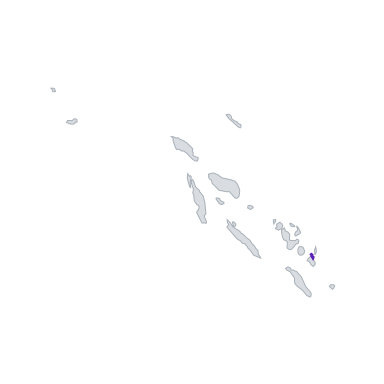 South Vella la Vella, Western, Solomon Islands shown in context, rotated 190°
{"feature_id": "97153195B32598831162283", "entity_name": "South Vella la Vella", "entity_type": "district", "adm_level": 2, "iso_a3": "SLB", "parent_name": "Solomon Islands", "parent_adm1": "Western", "projection": "robinson", "projection_center": [156.664, -7.876], "detail": "fine", "context": "in_parent", "style": "filled", "palette": "violet", "viewbox_px": 384, "rotation_deg": 190, "n_neighbors": 0, "source": "geoboundaries", "source_scale": "gbopen_adm2", "svg_char_len": 4627}
<svg xmlns="http://www.w3.org/2000/svg" viewBox="0 0 384 384"><g transform="rotate(190 192 192)"><path d="M148.9,193.7L155.1,198.8L157.7,198.3L165.8,198.4L170.6,202.0L173.4,203.7L174.9,207.0L176.9,207.7L178.1,209.4L178.8,212.4L175.8,214.0L174.0,214.5L169.3,213.4L164.9,211.1L155.9,210.8L151.8,210.1L150.4,209.2L149.1,208.1L147.0,205.2L145.3,201.9L145.1,199.9L144.9,196.2L145.4,194.9L147.1,193.5L148.9,193.7ZM176.9,163.2L183.9,172.7L183.6,174.3L182.6,175.4L182.3,178.6L183.2,179.8L185.1,180.4L188.3,183.8L189.7,189.2L191.0,191.1L191.1,195.1L194.1,200.6L194.4,203.2L194.1,204.4L192.8,203.7L189.2,197.5L185.0,194.8L184.5,193.6L180.3,190.0L177.5,183.8L174.5,172.9L175.9,170.4L172.5,165.1L172.6,163.6L175.1,163.9L175.6,163.3L176.9,163.2ZM151.7,167.9L152.6,170.9L148.9,168.3L146.0,165.0L137.9,161.5L136.2,159.7L134.7,159.5L130.5,156.5L126.5,154.5L123.3,150.9L121.8,150.3L119.2,147.4L116.8,145.6L115.9,142.1L113.5,139.8L112.9,138.8L120.6,140.6L124.2,144.4L127.3,146.5L128.3,148.1L131.1,150.2L133.6,150.3L136.0,152.5L138.3,153.0L140.1,154.1L151.6,163.6L150.2,166.1L151.7,167.9ZM203.7,229.1L207.2,230.9L209.3,230.6L212.3,231.9L214.6,231.2L216.0,232.8L219.6,239.3L219.7,241.4L222.0,242.9L220.0,243.2L217.2,242.4L215.1,243.0L212.8,241.7L209.0,241.0L205.7,239.5L198.8,234.8L198.8,232.4L197.7,231.2L197.4,228.2L194.9,227.3L192.0,227.1L191.7,225.7L192.3,223.3L194.5,223.3L197.1,224.3L203.7,229.1ZM85.7,131.9L86.6,133.1L84.4,135.0L81.6,133.9L80.9,132.3L78.9,132.7L74.9,131.7L69.4,127.2L63.6,118.6L57.9,113.9L56.9,112.4L56.8,110.0L57.5,109.0L61.0,110.0L65.5,114.0L72.9,118.0L75.0,120.1L76.2,125.1L77.5,126.5L81.5,130.4L85.7,131.9ZM93.4,160.9L95.2,163.5L97.2,169.3L96.8,171.3L95.4,171.4L95.0,172.7L93.0,169.9L90.4,169.1L88.5,167.4L87.7,161.8L86.2,161.4L81.9,162.0L80.5,163.8L78.6,163.2L78.2,161.6L78.5,159.9L81.1,158.3L81.6,156.3L84.2,152.7L85.8,152.1L88.8,153.4L89.2,158.5L90.3,160.1L93.4,160.9ZM171.8,273.9L169.8,275.0L168.0,274.4L166.7,273.6L165.6,271.2L163.2,269.6L159.9,269.0L158.1,267.4L155.8,267.0L155.1,265.6L155.3,264.3L155.7,263.5L157.9,264.2L168.2,270.6L171.8,273.9ZM63.3,150.8L62.8,151.2L61.9,149.5L61.2,149.0L61.2,147.0L58.4,143.9L58.2,141.8L59.8,139.7L62.0,140.9L64.2,143.6L66.7,144.4L66.2,146.2L63.9,149.3L63.3,150.8ZM77.4,155.8L76.3,157.1L73.2,157.0L70.9,153.7L70.9,151.3L72.7,149.0L74.9,148.6L76.2,149.5L77.3,151.4L77.7,153.7L77.4,155.8ZM103.0,175.0L100.3,177.5L98.3,176.6L96.7,174.5L97.5,171.2L99.1,170.5L100.0,169.4L103.0,170.3L103.7,170.9L101.9,172.5L102.9,173.8L103.0,175.0ZM327.0,240.8L322.4,241.5L320.6,243.8L318.2,243.6L317.4,241.7L317.4,240.8L318.7,240.9L319.4,239.1L320.8,238.2L324.0,237.8L327.8,238.8L326.9,240.4L327.0,240.8ZM199.1,204.9L199.3,209.4L197.2,207.0L196.2,207.8L195.3,206.6L195.5,201.3L194.0,196.2L195.2,196.7L199.1,204.9ZM82.9,175.9L82.9,176.4L81.4,175.5L78.0,171.2L78.6,169.7L81.7,167.0L82.7,166.6L83.6,168.3L82.8,170.9L81.8,171.5L81.4,173.9L82.9,175.9ZM160.6,184.8L163.0,185.2L167.3,189.5L166.3,190.8L164.3,190.1L163.6,190.4L163.0,188.9L160.8,187.7L158.9,187.6L158.6,186.1L160.6,184.8ZM133.2,188.9L130.0,188.5L129.0,187.4L130.1,185.8L131.6,184.8L132.9,185.7L134.4,185.9L134.5,188.0L133.2,188.9ZM39.6,124.5L36.8,125.3L35.1,124.3L35.8,121.9L36.8,120.6L40.3,122.8L39.6,124.5ZM147.2,169.4L145.9,169.8L143.9,168.6L143.1,167.6L143.5,165.9L144.6,165.3L145.9,166.4L146.1,167.5L147.2,169.4ZM348.9,269.7L346.5,270.2L345.5,270.1L343.9,267.3L345.1,266.7L346.9,266.9L347.4,268.5L348.9,269.7ZM90.1,177.3L90.1,178.4L88.4,178.1L84.9,176.4L84.8,175.7L86.8,175.4L88.3,175.6L90.1,177.3ZM61.2,156.3L60.7,159.5L59.2,155.5L59.5,152.3L60.1,151.9L61.2,156.3ZM107.1,178.6L105.0,179.5L104.4,178.2L105.9,174.8L107.1,178.6Z" fill="#d9dde1" stroke="#a8b0b8" stroke-width="1"/><path d="M61.1,146.6L61.0,146.8L61.1,147.0L61.0,147.3L60.9,147.5L60.9,147.8L61.0,147.8L61.0,148.0L61.0,148.3L60.9,148.3L60.8,148.5L60.7,148.5L60.7,148.8L60.7,149.0L60.8,149.2L60.9,149.3L61.0,149.3L61.2,149.2L61.3,149.2L61.5,149.2L61.8,149.2L61.8,149.3L62.0,149.3L61.9,149.4L62.0,149.4L62.0,149.5L62.3,149.6L62.4,149.8L62.5,149.8L62.4,149.9L62.4,150.0L62.3,150.3L62.2,150.4L62.1,150.5L62.1,150.8L62.1,151.0L62.2,151.3L62.3,151.4L62.5,151.3L62.6,151.2L62.7,151.3L62.7,151.2L62.8,151.2L63.0,151.0L63.3,151.1L63.4,151.3L63.5,151.4L63.5,151.5L63.6,151.8L63.7,152.0L63.8,152.0L63.8,151.9L63.9,151.7L63.9,151.4L64.0,151.3L64.0,151.2L64.0,150.9L64.0,150.7L63.9,150.5L63.9,150.4L63.7,150.3L63.7,150.2L63.7,149.9L63.8,149.8L63.8,149.7L63.7,149.7L63.5,149.4L63.4,149.4L63.3,149.2L63.2,149.2L63.1,148.9L62.9,148.8L61.8,147.4L61.1,146.6ZM64.2,151.6L63.9,151.6L63.9,151.8L64.0,151.9L64.1,151.7L64.2,151.6Z" fill="#8b5cf6" stroke="#5b21b6" stroke-width="1.5"/></g></svg>